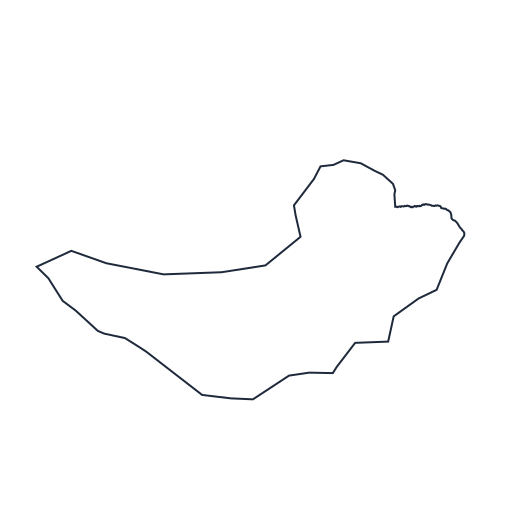 the district of Zu'unbayan-Ulaan, Övörhangay, Mongolia, rotated 131°
{"feature_id": "93677404B28761750991664", "entity_name": "Zu'unbayan-Ulaan", "entity_type": "district", "adm_level": 2, "iso_a3": "MNG", "parent_name": "Mongolia", "parent_adm1": "Övörhangay", "projection": "orthographic", "projection_center": [102.472, 46.426], "detail": "fine", "context": "isolated", "style": "outline", "palette": "slate", "viewbox_px": 512, "rotation_deg": 131, "n_neighbors": 0, "source": "geoboundaries", "source_scale": "gbopen_adm2", "svg_char_len": 2723}
<svg xmlns="http://www.w3.org/2000/svg" viewBox="0 0 512 512"><g transform="rotate(131 256 256)"><path d="M104.1,112.2L102.1,113.7L101.4,115.3L101.2,117.5L100.9,118.2L100.8,118.8L100.8,119.3L100.7,120.3L100.5,121.4L100.1,122.5L99.2,125.4L99.0,126.4L98.9,127.0L98.9,127.8L98.8,128.9L99.3,130.1L99.6,131.4L99.5,132.2L99.3,132.9L99.1,133.5L98.7,133.8L98.2,134.2L97.9,134.5L97.5,135.0L97.1,135.4L96.6,135.9L96.3,136.4L96.2,136.8L95.8,137.3L95.5,137.8L95.3,138.2L95.3,138.6L95.4,139.0L95.4,139.4L95.4,139.9L95.4,140.3L95.3,140.6L95.4,140.8L95.6,141.2L95.8,141.6L95.9,141.9L95.9,142.4L95.8,143.0L95.9,143.7L96.0,144.1L96.3,144.5L96.6,144.6L96.8,144.9L97.0,145.1L97.0,145.4L97.2,145.7L97.3,145.9L97.4,146.1L97.6,146.5L98.1,147.1L98.2,147.5L98.2,148.2L97.7,148.7L97.5,149.2L97.5,149.6L97.7,150.2L97.9,150.6L98.2,151.0L98.4,151.7L98.6,152.2L99.3,152.5L99.7,152.9L99.9,153.4L100.3,153.9L101.1,154.0L101.5,154.4L101.9,155.1L102.2,155.7L102.7,156.3L102.9,156.6L102.9,157.0L102.9,157.5L103.1,158.0L103.5,158.5L103.7,158.9L103.9,159.5L104.3,159.9L104.6,160.2L104.8,160.5L105.0,161.3L105.4,161.9L106.1,162.4L106.6,162.4L106.8,162.4L107.1,162.6L107.1,163.2L107.3,163.6L107.8,163.8L108.1,163.8L108.4,163.8L108.6,164.1L108.9,164.3L109.3,164.3L110.1,164.3L110.4,164.5L110.6,164.8L110.8,165.2L110.9,165.5L111.1,165.5L111.4,165.5L111.6,165.8L111.7,166.1L112.0,166.3L112.2,166.6L112.3,166.9L112.5,167.2L112.8,167.4L113.2,167.3L113.4,167.2L113.6,167.3L113.7,167.5L113.8,167.7L113.9,167.9L113.8,168.2L113.8,168.4L114.0,168.8L114.2,169.1L114.7,169.1L115.0,169.3L115.5,169.6L116.1,169.7L116.4,169.7L116.6,169.9L116.6,170.6L116.7,170.8L117.0,170.9L117.3,170.9L117.6,171.1L117.6,171.3L117.7,171.9L117.6,172.3L117.6,172.7L117.7,172.9L118.0,173.0L118.2,173.6L118.3,174.0L118.4,174.4L118.7,174.5L118.9,174.7L118.9,175.0L119.0,175.1L119.3,175.2L119.6,175.2L119.9,175.5L120.2,175.8L120.5,176.5L120.9,176.8L121.3,176.8L121.6,176.9L121.8,177.1L122.0,177.6L123.0,178.8L123.2,179.0L123.8,178.9L124.0,179.0L124.0,179.4L124.1,179.8L124.3,180.1L124.7,180.4L125.2,180.6L125.5,180.8L125.9,181.0L126.4,181.3L126.5,181.7L126.5,182.3L126.8,182.6L127.5,183.2L121.5,189.2L119.9,190.8L118.9,191.8L117.2,192.9L115.1,194.0L111.7,199.9L111.4,213.5L113.8,222.0L117.3,237.8L126.3,252.7L136.4,257.3L146.0,266.1L159.9,262.8L192.9,260.6L199.3,252.8L212.3,235.0L256.9,242.7L290.9,271.4L330.5,313.7L359.7,364.3L373.3,398.8L408.0,414.5L409.0,398.1L416.7,372.5L415.5,356.0L416.3,326.2L414.2,319.7L403.9,301.0L401.5,285.5L400.2,276.0L398.7,249.4L396.2,205.5L379.8,181.4L366.2,164.3L324.6,152.6L309.1,139.3L294.0,121.2L286.9,122.3L256.5,124.2L233.9,100.1L211.2,112.5L181.3,105.4L163.0,97.5L136.2,106.8L112.6,111.2L104.1,112.2Z" fill="none" stroke="#1e293b" stroke-width="2"/></g></svg>